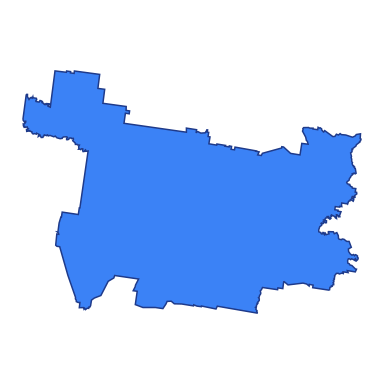 Forbes, New South Wales, Australia (orthographic projection)
{"feature_id": "25037944B5205782179519", "entity_name": "Forbes", "entity_type": "district", "adm_level": 2, "iso_a3": "AUS", "parent_name": "Australia", "parent_adm1": "New South Wales", "projection": "orthographic", "projection_center": [148.127, -33.379], "detail": "fine", "context": "isolated", "style": "filled", "palette": "blue", "viewbox_px": 384, "rotation_deg": 0, "n_neighbors": 0, "source": "geoboundaries", "source_scale": "gbopen_adm2", "svg_char_len": 5925}
<svg xmlns="http://www.w3.org/2000/svg" viewBox="0 0 384 384"><path d="M87.3,308.2L88.7,308.4L89.0,307.0L89.8,307.1L90.6,305.7L91.5,300.1L94.4,298.0L100.9,295.5L108.2,281.3L113.8,278.0L114.7,275.5L138.6,279.0L135.5,285.1L135.2,286.7L133.2,290.7L137.2,291.3L135.3,304.6L142.9,307.5L155.4,307.5L162.9,308.6L165.9,304.1L167.1,301.4L171.2,301.2L174.3,303.8L181.7,304.0L193.5,305.9L193.7,304.8L196.9,306.1L201.3,306.7L201.4,306.0L216.0,309.0L217.3,306.2L257.1,313.1L257.3,312.2L256.6,311.5L257.0,310.7L255.9,309.4L256.2,307.8L255.5,307.3L256.4,306.7L256.5,305.2L257.4,304.0L257.1,303.3L258.0,303.0L257.8,302.1L259.2,300.6L259.3,298.8L258.5,297.7L259.2,297.2L259.5,295.6L260.5,294.2L260.8,293.1L260.3,290.8L261.4,289.8L262.5,287.5L277.6,289.7L277.9,287.9L282.8,288.6L283.7,281.8L284.2,281.7L288.0,284.9L303.0,283.1L306.6,284.0L309.1,286.0L309.3,284.4L313.1,285.1L312.7,287.7L328.7,290.1L329.6,289.8L329.9,287.4L331.6,286.6L331.5,285.9L332.4,286.1L333.1,284.4L333.7,284.5L333.6,283.2L333.1,282.7L333.9,281.7L333.4,280.5L334.2,279.8L333.9,279.1L334.4,278.8L334.2,278.5L334.8,276.5L334.5,275.9L336.4,273.4L338.2,273.3L339.3,274.0L342.0,273.1L343.3,273.6L343.4,272.9L342.6,272.9L343.0,271.8L348.1,272.6L347.3,270.6L355.3,271.9L356.5,269.2L355.3,268.9L351.9,265.5L350.0,265.0L349.3,263.8L347.8,263.1L347.6,260.6L348.4,258.8L349.2,258.7L350.7,259.6L351.6,258.8L354.0,259.8L355.5,258.6L356.2,260.1L355.1,260.6L356.1,261.1L357.8,259.5L358.2,258.0L357.4,257.1L357.5,256.0L356.5,255.1L355.3,254.7L354.6,255.7L353.4,254.5L352.0,255.2L350.2,253.9L348.6,251.5L348.4,249.0L351.3,247.3L349.1,241.4L346.7,241.4L344.0,239.3L342.2,239.0L341.4,239.7L339.2,239.2L338.5,238.5L338.3,235.6L336.8,232.6L334.3,233.7L333.4,231.8L328.5,231.6L328.2,232.0L329.0,233.8L326.1,234.7L325.4,233.3L324.5,234.8L324.1,234.3L324.0,232.6L322.9,232.5L322.6,233.7L321.9,234.0L321.1,233.5L320.9,232.6L318.8,231.8L318.7,229.9L319.8,226.6L321.6,225.4L321.8,224.3L321.1,223.4L321.6,223.0L322.9,223.7L323.6,223.1L323.2,221.4L323.9,221.2L325.4,222.8L326.4,222.7L326.5,220.7L324.0,219.8L325.1,219.2L325.5,218.1L327.5,217.8L327.1,216.6L328.6,216.5L328.8,218.4L330.3,219.0L330.9,218.4L330.6,218.1L330.1,218.5L330.3,217.5L331.6,216.3L331.0,215.5L331.4,214.9L335.6,217.0L335.2,217.6L335.7,218.0L335.9,217.5L336.5,218.2L336.4,214.7L337.2,214.8L338.4,216.5L338.7,216.0L339.3,216.8L339.9,216.7L339.5,215.8L341.0,211.7L337.9,211.2L338.1,210.2L334.8,209.7L335.3,206.6L339.7,207.1L339.8,206.3L341.8,206.6L341.5,204.9L341.8,203.0L346.6,203.8L347.0,203.5L347.6,204.1L348.6,201.3L350.1,200.8L350.1,200.0L350.8,199.6L353.2,201.2L353.8,199.7L353.1,198.5L351.7,198.2L352.3,196.5L353.5,196.6L353.7,197.7L354.5,197.7L355.1,197.2L354.6,195.6L356.8,193.9L356.6,192.3L355.2,192.1L355.8,188.6L352.3,188.1L352.0,186.8L350.5,186.3L350.1,185.2L349.4,185.1L349.6,184.4L347.4,183.8L346.7,182.5L347.3,181.5L349.0,180.4L349.5,178.4L350.5,177.4L350.7,176.4L352.5,174.7L352.3,173.9L353.1,174.0L353.2,173.4L354.3,173.1L355.1,173.9L356.1,173.3L355.3,168.5L354.7,168.3L354.5,166.8L353.7,166.8L353.6,165.7L352.9,165.6L352.1,163.6L352.5,162.6L351.7,161.5L351.7,159.1L351.1,157.4L351.5,156.5L350.6,152.9L352.0,151.8L352.0,149.2L352.7,149.4L352.9,148.4L355.9,146.1L356.4,144.7L359.9,142.0L359.6,141.5L360.5,140.8L361.0,139.5L360.9,138.9L360.2,138.6L360.5,133.8L356.3,134.5L355.1,136.0L352.5,137.2L345.8,135.0L341.4,134.6L340.1,133.6L338.5,135.0L336.4,134.2L334.9,136.4L332.9,136.6L324.7,130.6L323.7,132.0L323.3,131.8L321.7,129.9L321.6,128.8L320.2,127.8L319.5,128.1L318.1,127.3L317.7,129.7L313.0,129.0L313.1,128.2L309.6,128.1L308.5,127.5L303.6,127.6L302.8,128.7L303.1,129.4L302.5,131.1L305.7,137.2L306.4,140.5L307.4,141.4L308.1,144.2L301.8,143.4L300.0,154.9L290.6,153.4L283.6,147.0L281.8,146.7L281.6,148.0L262.4,153.3L261.3,155.5L257.7,154.9L259.1,151.9L256.0,151.3L256.3,150.9L235.0,147.1L234.5,149.8L231.1,149.3L231.6,146.4L229.3,145.9L229.1,146.9L224.9,146.2L225.4,145.4L216.9,144.0L216.7,145.1L208.9,143.8L210.0,136.9L208.1,136.5L208.7,132.4L207.2,132.1L207.6,129.9L206.9,129.8L206.5,130.6L206.8,131.4L205.9,131.6L205.2,132.8L200.8,133.1L197.8,131.6L196.5,132.2L196.1,133.0L196.6,129.7L186.4,128.1L186.4,132.2L124.0,123.3L125.4,113.2L129.2,113.8L129.6,110.9L126.1,110.4L126.2,106.5L102.9,103.3L104.7,89.3L97.9,88.4L99.7,74.4L74.4,71.0L74.1,73.4L70.4,72.9L70.6,71.6L66.6,71.0L66.4,72.3L55.0,70.9L50.3,107.2L48.0,106.2L48.4,104.7L49.7,104.8L49.3,103.8L46.8,103.6L46.8,104.5L45.3,103.8L45.1,104.6L44.5,104.5L42.9,102.9L42.4,101.5L42.0,101.3L41.8,102.0L41.0,100.7L40.0,100.5L39.1,102.1L36.0,101.5L35.8,100.8L36.7,99.7L36.4,98.3L33.1,97.8L32.9,96.8L32.5,97.9L31.9,97.3L31.1,97.5L31.3,98.0L30.1,98.0L29.0,99.5L27.4,96.6L27.5,94.4L26.8,94.3L26.2,94.9L23.0,118.8L23.2,120.4L24.0,121.4L25.7,121.2L25.8,121.9L25.2,123.0L24.6,122.8L23.9,124.4L23.3,124.1L23.4,125.8L23.9,126.8L24.3,126.2L24.8,126.6L24.8,127.3L27.3,127.0L27.6,128.3L28.3,128.6L27.3,129.6L26.5,129.5L26.7,131.4L28.5,131.1L28.6,130.5L29.8,130.6L29.9,131.3L31.8,131.7L31.9,132.8L33.1,134.0L34.4,133.6L36.4,134.1L36.6,133.2L39.5,134.6L38.5,135.5L38.3,136.5L40.1,135.4L41.2,137.5L42.9,137.4L43.5,135.9L44.4,135.6L44.4,134.9L46.8,135.7L47.6,134.3L47.5,134.9L48.4,135.9L50.0,135.4L53.9,136.8L55.2,136.1L56.9,137.8L60.1,138.7L62.2,138.4L62.4,137.6L63.7,136.9L66.8,136.8L67.4,137.4L66.6,138.7L66.6,139.6L67.0,139.8L68.7,139.4L69.3,138.1L71.0,137.9L71.4,138.6L73.2,138.3L73.5,139.1L72.7,140.7L75.1,142.9L75.4,144.4L77.0,144.3L77.4,144.9L79.4,145.1L78.6,146.7L78.9,148.4L78.5,149.2L79.9,149.1L80.6,149.6L81.8,148.7L82.8,148.9L82.6,150.6L83.1,151.6L85.2,151.3L84.8,150.5L85.5,149.9L86.2,151.3L88.1,151.0L79.9,207.9L79.3,207.9L78.3,214.5L62.2,212.1L61.4,217.1L60.9,217.0L59.1,223.0L57.9,232.1L57.3,232.0L58.5,233.1L58.7,234.3L56.8,234.0L55.7,245.2L56.9,246.3L59.7,246.7L67.9,275.4L75.5,297.3L75.4,298.9L76.2,300.1L76.3,301.6L78.2,302.5L79.9,302.5L79.3,307.7L83.5,307.6L84.0,309.2L84.7,308.3L85.5,309.6L87.3,308.2Z" fill="#3b82f6" stroke="#1e3a8a" stroke-width="1.5"/></svg>